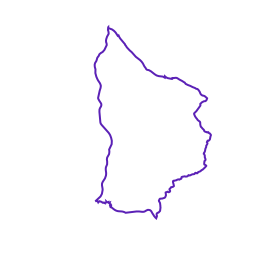 the border of Lunda Sul, rotated 313°
{"feature_id": "AGO-1875", "entity_name": "Lunda Sul", "entity_type": "Province", "adm_level": 1, "iso_a3": "AGO", "parent_name": "Angola", "parent_adm1": "", "projection": "equal_earth", "projection_center": [20.634, -9.903], "detail": "fine", "context": "isolated", "style": "outline", "palette": "violet", "viewbox_px": 256, "rotation_deg": 313, "n_neighbors": 0, "source": "natural_earth", "source_scale": "10m", "svg_char_len": 5745}
<svg xmlns="http://www.w3.org/2000/svg" viewBox="0 0 256 256"><g transform="rotate(313 128 128)"><path d="M188.3,44.8L188.0,45.1L187.8,45.7L188.3,47.0L189.2,49.1L189.5,51.4L189.4,53.7L188.4,57.8L188.6,57.9L188.7,58.0L188.9,58.1L189.2,58.1L188.5,59.8L188.1,61.4L187.2,68.7L186.9,69.0L186.6,70.8L186.2,72.1L185.9,76.3L186.0,79.0L185.4,85.1L185.9,90.5L185.8,92.6L185.4,94.8L184.2,98.1L183.9,100.0L183.5,101.1L183.5,101.8L183.6,102.3L184.3,103.4L184.6,104.0L185.1,106.1L185.5,110.8L185.9,113.0L186.9,115.1L189.4,118.5L189.9,120.6L190.2,120.4L190.8,120.1L191.0,119.9L191.1,121.6L191.6,123.1L193.8,126.6L194.2,126.9L194.5,126.8L194.8,126.4L195.2,126.7L195.9,127.5L197.4,128.8L197.9,129.6L198.2,130.8L198.5,132.6L199.3,135.5L199.7,137.8L199.9,138.4L199.6,140.1L200.3,142.5L201.3,144.9L202.0,147.4L202.9,149.6L203.2,151.2L203.8,152.1L203.9,152.7L203.9,153.3L203.7,154.4L203.6,154.9L203.4,155.7L202.5,157.6L202.3,158.7L202.4,159.8L202.7,160.6L203.2,161.3L203.6,162.4L203.7,164.6L203.7,165.6L202.2,166.3L201.0,166.4L200.7,166.3L200.4,166.2L200.2,166.1L199.6,165.5L199.1,165.2L197.0,164.5L196.6,164.5L195.8,164.5L195.5,164.5L195.2,164.4L194.8,164.5L194.5,164.9L194.2,165.2L194.1,165.4L193.5,165.7L187.0,166.5L184.6,166.4L183.9,166.4L183.5,166.6L183.2,167.0L183.0,167.4L182.3,169.0L181.9,170.6L181.7,172.2L181.5,173.0L181.4,173.3L181.4,174.0L181.6,176.0L181.6,176.3L181.4,176.7L181.2,177.1L180.0,178.3L179.6,178.8L178.7,180.2L178.7,180.4L178.6,180.7L178.6,181.4L178.6,181.7L178.4,182.8L178.4,184.6L178.3,184.9L178.2,185.1L178.0,185.5L177.8,185.9L177.8,186.1L177.8,186.4L178.0,187.2L178.2,187.6L178.5,188.0L178.6,188.5L178.7,188.8L178.8,189.0L179.1,189.3L179.5,189.3L179.7,189.6L179.5,190.1L179.5,190.4L179.5,190.7L179.7,191.2L179.8,191.4L179.6,193.1L179.2,193.6L178.0,194.1L177.4,194.5L175.6,195.6L175.2,195.7L174.2,195.7L173.6,195.6L173.4,195.5L173.2,195.0L173.0,194.9L172.6,195.3L172.4,195.3L171.8,195.2L171.6,195.3L171.4,195.4L171.3,196.0L170.9,196.6L170.7,196.8L168.2,197.4L167.6,198.0L167.3,198.2L165.7,198.7L163.7,200.0L162.7,200.4L161.5,200.6L161.1,200.8L160.8,201.0L160.8,201.3L160.9,201.5L160.3,202.7L160.0,203.2L159.8,203.4L159.4,203.7L159.1,203.9L159.0,204.1L158.9,204.4L158.5,205.0L158.3,205.5L158.2,205.7L158.0,206.0L157.6,206.2L157.5,206.4L157.3,206.5L157.0,206.6L156.1,206.5L155.9,206.5L155.4,206.9L154.7,207.4L153.6,208.3L153.5,208.6L153.4,208.9L153.5,209.2L153.8,210.1L153.8,210.5L153.8,210.9L153.6,211.1L151.9,211.2L148.6,211.0L147.9,210.8L147.5,210.6L147.1,210.5L146.5,210.5L146.0,210.5L145.4,210.3L143.8,209.5L143.3,209.4L142.6,209.5L142.3,209.6L141.8,209.2L141.7,208.7L141.2,207.9L140.6,207.8L139.8,208.0L139.4,207.8L139.2,207.7L138.0,206.6L137.7,206.5L135.9,205.8L135.5,205.6L135.3,205.4L135.2,205.2L135.0,204.7L134.9,204.5L134.7,204.4L134.4,204.4L134.0,204.5L133.6,204.5L132.6,204.1L132.2,203.7L131.9,203.4L131.7,203.2L131.4,202.6L131.2,202.4L131.1,202.2L130.4,201.8L130.0,201.4L129.5,201.1L129.0,200.8L128.7,200.7L128.4,200.8L128.0,201.0L127.5,201.5L127.3,201.5L127.1,201.5L126.4,201.1L126.2,201.0L125.5,200.9L125.3,200.8L125.2,200.6L124.8,199.9L124.6,199.8L124.4,199.6L123.3,199.1L122.6,198.9L122.3,198.7L121.7,198.2L120.9,197.8L120.7,197.7L120.5,197.3L120.2,197.2L119.9,197.2L119.4,197.5L119.1,197.8L118.9,198.1L118.8,198.3L118.5,198.7L118.2,199.3L117.8,199.8L117.3,200.7L116.7,201.2L115.7,201.0L115.4,200.9L115.1,200.6L114.6,200.4L114.3,200.0L114.0,199.9L113.6,199.9L112.9,200.1L111.7,200.0L111.3,200.3L111.1,200.5L111.0,200.8L110.9,201.3L110.8,201.6L110.5,201.9L110.2,202.0L109.7,202.0L109.1,201.8L108.8,201.6L108.7,201.4L108.4,200.6L108.3,200.3L107.8,200.1L107.4,200.0L106.9,199.6L106.5,199.5L106.2,199.8L105.0,201.3L104.8,201.5L104.6,201.7L103.1,202.3L102.4,202.4L102.2,202.4L101.8,202.3L99.8,201.2L98.2,199.7L97.6,199.6L96.0,200.1L95.5,200.8L95.4,201.3L95.3,201.7L95.3,201.8L95.2,202.0L94.9,202.7L93.7,204.1L93.3,204.6L92.4,205.5L91.9,206.1L91.6,206.3L89.5,207.8L89.2,208.0L88.8,208.0L87.0,208.0L86.7,207.9L86.2,207.5L85.8,207.4L85.2,207.4L84.8,207.5L84.6,207.6L84.4,207.8L83.8,208.5L83.6,208.9L83.1,209.4L81.2,210.2L81.2,208.9L81.5,206.8L81.9,205.6L82.2,204.2L83.0,201.7L83.0,200.4L82.4,199.2L81.6,198.3L80.3,197.7L78.2,197.1L77.3,196.5L76.4,195.6L74.5,193.0L72.7,191.1L64.4,184.1L64.0,182.7L63.5,181.6L62.9,180.6L60.8,178.0L60.1,177.0L59.5,175.7L59.1,174.3L58.9,172.9L58.7,170.0L58.6,169.6L58.4,169.5L58.2,169.3L58.3,168.9L58.6,168.5L58.8,168.6L59.0,168.9L59.3,168.9L60.0,168.4L60.0,168.1L59.5,167.4L60.1,167.1L60.3,167.1L60.2,166.5L60.2,166.1L60.5,165.8L60.9,165.6L60.6,165.5L60.1,164.9L60.2,164.7L60.4,164.4L60.6,164.2L60.1,164.0L59.7,163.6L59.5,163.1L59.5,162.4L59.0,163.1L58.1,162.5L57.7,162.1L57.3,161.6L57.1,162.0L56.8,161.3L56.1,160.5L55.9,158.9L55.4,158.0L55.2,157.3L54.7,157.3L53.9,156.8L53.3,156.9L53.6,156.1L53.8,155.8L52.8,154.5L52.1,154.1L59.2,154.6L62.1,153.8L65.5,151.6L66.5,150.5L68.3,148.1L69.5,147.0L70.6,146.5L71.6,146.2L75.5,145.5L78.2,144.3L79.3,143.5L80.2,142.7L82.2,140.3L83.4,139.2L84.3,138.6L87.2,137.5L89.2,135.7L90.7,133.9L92.2,132.9L95.9,132.0L97.1,131.2L98.1,130.4L99.4,128.9L105.0,127.1L107.6,124.9L109.3,122.4L110.6,119.8L111.0,118.4L111.3,117.1L112.3,106.6L112.6,105.1L113.0,104.4L113.4,103.8L114.3,102.8L120.3,96.1L122.0,94.6L123.3,94.0L125.5,93.5L126.7,92.8L127.5,91.8L127.8,90.7L128.4,88.3L128.8,87.1L129.2,86.1L129.8,85.5L135.9,81.9L138.6,80.6L140.3,79.4L141.1,78.1L141.7,76.6L142.3,74.0L142.7,72.7L143.9,69.9L145.9,66.7L148.8,64.1L150.0,62.1L151.5,60.5L152.7,59.8L153.5,59.5L155.2,59.2L156.2,58.8L158.3,57.7L159.4,57.5L160.3,57.5L162.5,56.8L164.3,57.0L166.3,57.6L169.0,57.5L174.1,55.9L174.9,55.1L175.5,54.2L175.7,53.7L176.0,53.3L176.8,52.4L178.1,51.5L180.5,50.4L183.7,49.6L184.5,48.8L185.4,47.6L186.0,46.5L188.2,44.8L188.3,44.8Z" fill="none" stroke="#5b21b6" stroke-width="2"/></g></svg>